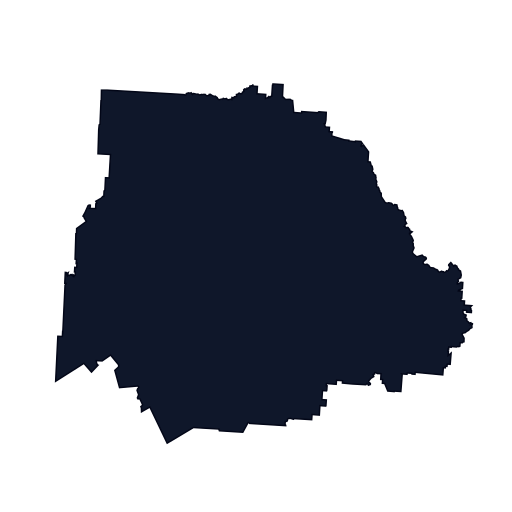 Narrabri, New South Wales, Australia (orthographic projection), rotated 355°
{"feature_id": "25037944B38691483406712", "entity_name": "Narrabri", "entity_type": "district", "adm_level": 2, "iso_a3": "AUS", "parent_name": "Australia", "parent_adm1": "New South Wales", "projection": "orthographic", "projection_center": [149.591, -30.328], "detail": "fine", "context": "isolated", "style": "filled", "palette": "ink", "viewbox_px": 512, "rotation_deg": 355, "n_neighbors": 0, "source": "geoboundaries", "source_scale": "gbopen_adm2", "svg_char_len": 6004}
<svg xmlns="http://www.w3.org/2000/svg" viewBox="0 0 512 512"><g transform="rotate(355 256 256)"><path d="M45.5,363.3L75.2,347.9L82.0,357.3L89.1,351.0L88.4,350.7L88.4,350.0L87.9,349.5L87.7,346.3L93.6,347.1L102.5,342.0L109.7,352.5L109.4,354.6L105.4,357.6L108.6,375.2L126.9,375.2L127.7,376.1L127.7,376.8L126.5,378.0L125.8,379.5L127.0,383.9L125.5,387.0L125.9,388.0L127.5,388.1L128.0,388.5L130.0,394.0L129.7,395.0L128.2,396.0L128.6,397.4L128.4,401.2L137.1,397.2L151.2,434.7L178.7,421.4L203.9,425.1L204.3,426.9L227.5,430.4L233.6,421.2L234.6,421.5L235.0,422.2L270.8,427.6L270.8,427.1L270.2,426.2L270.8,423.3L272.3,423.4L272.9,422.7L273.2,421.4L273.9,420.7L276.4,420.8L279.1,421.9L279.9,421.3L297.2,423.9L298.0,418.8L305.2,420.0L306.6,410.6L312.0,411.5L312.0,411.1L312.6,411.2L313.5,405.5L309.1,404.8L310.5,395.9L314.5,396.5L314.8,395.9L315.5,391.5L314.7,391.4L315.0,389.2L324.7,390.8L325.4,386.8L331.4,387.8L331.0,390.1L340.3,391.8L354.2,393.8L355.3,392.7L356.2,393.4L356.7,394.5L358.6,394.0L358.8,393.5L358.8,392.9L357.2,391.3L357.4,390.2L360.1,387.7L362.8,386.4L362.3,384.2L363.8,383.9L364.1,382.5L364.5,382.3L366.7,383.7L370.3,384.1L369.5,389.8L371.4,390.1L370.8,393.8L373.1,394.2L375.5,402.0L381.8,403.1L381.9,402.6L388.5,403.6L391.3,386.7L390.9,386.1L396.1,387.0L396.4,385.7L401.0,386.4L401.1,387.2L404.1,387.7L404.4,385.7L431.7,390.7L432.9,383.6L434.8,383.9L435.0,382.4L436.6,382.6L437.1,380.3L440.0,380.8L441.9,369.7L438.7,371.9L439.4,367.5L438.9,367.4L439.3,365.4L439.8,365.5L440.1,363.4L442.5,363.9L442.6,363.2L447.8,364.1L448.9,363.7L450.3,364.0L450.7,363.6L451.2,363.6L451.8,360.2L453.9,360.4L454.2,359.9L455.7,359.6L456.1,356.0L454.4,352.0L454.5,351.6L455.4,350.9L458.0,350.5L458.8,349.7L461.4,348.5L462.5,347.2L464.8,346.2L465.0,345.7L464.8,344.2L465.6,342.9L465.7,342.3L464.5,341.8L463.8,342.4L464.0,341.2L462.3,341.4L462.0,340.4L460.5,338.9L460.3,338.2L460.6,337.2L460.3,336.7L458.5,335.7L459.6,334.9L460.2,333.2L458.6,332.4L458.1,332.5L457.2,330.3L457.6,328.0L461.2,328.6L460.9,330.3L465.6,331.1L465.9,329.2L465.0,328.2L465.6,327.6L465.1,326.3L465.1,325.5L466.5,324.3L459.2,323.1L459.8,319.0L456.2,318.4L456.6,315.8L457.3,315.9L458.3,309.2L454.5,308.6L454.7,307.8L455.8,307.3L456.0,307.7L457.5,306.7L458.8,306.4L459.7,300.4L457.9,300.0L455.6,301.2L454.1,301.4L454.1,300.2L455.5,298.9L455.1,297.3L455.5,296.6L458.0,295.5L458.8,292.9L458.4,288.8L456.6,287.4L456.5,286.5L456.0,286.4L455.0,283.4L454.5,283.4L453.7,282.5L452.9,282.5L452.1,283.4L451.1,281.9L450.3,281.5L450.5,280.8L449.5,279.5L447.3,281.4L447.1,282.1L447.8,283.3L447.8,284.8L446.2,287.3L445.6,287.7L444.6,287.3L443.5,288.5L441.9,288.8L441.4,288.0L440.6,288.0L439.6,287.3L437.3,288.2L436.1,287.0L435.8,286.1L435.0,285.3L433.9,285.0L431.8,283.4L428.9,282.8L428.2,282.2L427.3,280.4L425.7,279.1L423.5,279.3L422.1,278.3L421.8,277.4L422.2,276.2L425.3,273.8L425.5,273.0L424.8,271.9L422.9,271.3L421.6,269.6L416.1,270.8L412.8,267.6L412.1,266.0L412.2,265.3L414.1,261.7L413.5,259.4L413.7,257.4L413.0,255.7L413.7,255.0L414.0,254.1L412.5,250.0L410.8,247.4L411.0,246.6L411.9,246.8L413.7,245.5L411.4,244.3L411.3,242.7L410.7,242.4L410.0,240.9L409.3,240.7L408.1,241.0L407.1,239.8L406.3,239.5L407.0,238.8L407.3,237.5L408.9,236.8L407.7,233.9L407.8,232.6L408.5,231.6L408.3,230.1L407.0,228.9L406.7,225.5L405.6,223.4L404.5,223.6L403.0,222.8L402.3,222.8L401.2,221.5L401.4,220.5L401.0,219.9L400.8,217.4L398.6,216.8L397.5,217.6L396.8,217.6L396.3,216.2L395.3,215.2L392.7,214.5L391.2,214.8L389.4,214.1L386.0,207.8L386.2,204.4L384.9,202.8L384.9,201.5L384.3,200.7L384.4,199.8L383.7,198.0L382.6,197.9L382.1,197.1L382.6,195.7L382.1,194.8L382.8,192.5L382.0,190.1L382.4,187.9L382.1,187.3L382.2,186.0L380.6,184.8L380.2,183.2L378.9,182.0L379.9,179.8L379.5,176.6L378.7,176.3L378.0,172.3L375.7,171.9L377.2,162.1L372.8,154.8L370.6,156.1L370.0,155.6L370.8,154.0L371.9,153.4L370.5,151.0L365.1,150.2L365.0,150.9L358.5,149.5L358.6,148.8L354.0,147.9L341.9,143.0L342.4,139.8L342.8,139.6L342.9,139.0L339.7,138.5L340.4,134.2L336.4,133.6L335.5,130.2L336.4,130.3L337.5,126.7L338.5,119.0L331.2,117.8L329.9,118.6L314.1,116.1L313.9,117.6L306.1,116.3L306.0,104.3L305.2,104.2L303.7,102.9L299.0,102.6L297.0,100.1L296.2,100.0L297.9,87.6L287.9,86.1L287.7,87.3L287.3,87.3L285.6,98.3L284.5,98.3L283.9,99.2L282.7,98.2L282.2,98.6L282.2,99.5L281.4,99.2L280.7,99.7L280.0,99.5L279.2,99.9L279.8,95.9L271.1,94.5L272.2,87.2L267.7,86.5L268.0,84.9L267.3,85.9L264.7,86.2L264.7,87.3L262.4,88.2L261.6,88.0L261.3,89.1L260.2,89.1L259.7,88.5L259.1,88.6L258.2,89.4L258.3,91.1L256.8,91.6L256.2,93.0L254.6,93.1L253.7,92.3L252.9,92.4L251.9,93.3L250.6,93.4L250.5,95.4L248.3,95.5L247.7,96.6L246.7,96.1L246.1,96.6L245.8,96.3L245.5,98.1L244.2,97.6L242.3,98.0L241.1,97.6L240.3,96.5L238.6,96.8L237.1,96.1L236.2,97.0L235.4,96.7L232.8,97.1L231.0,95.5L231.2,94.9L229.3,93.2L228.6,93.4L226.7,92.6L224.5,90.9L223.4,91.0L223.2,91.9L222.1,92.1L220.6,92.0L219.4,90.6L217.3,90.4L216.2,90.7L215.8,90.3L213.9,90.7L212.2,89.6L211.7,89.9L208.0,88.7L207.5,88.7L206.9,89.7L206.2,89.3L206.2,88.7L205.6,87.7L204.7,88.1L203.0,87.6L200.8,88.1L200.2,89.3L199.5,89.6L198.6,89.0L190.9,87.8L122.1,77.8L116.5,77.3L115.4,87.8L115.1,87.8L112.1,111.1L111.2,111.7L110.3,116.5L107.5,140.4L119.9,142.2L116.5,165.4L112.9,164.9L111.2,177.3L110.3,178.0L109.6,183.4L108.5,183.3L106.9,184.9L101.2,187.5L102.1,189.5L101.0,190.0L100.4,194.8L94.1,194.1L95.2,192.7L95.4,190.9L94.2,190.7L93.1,191.2L89.5,197.7L87.1,201.2L88.3,202.5L88.2,203.1L90.0,206.8L79.7,213.0L79.1,218.1L78.5,218.1L75.5,243.4L76.8,243.7L76.2,247.7L77.0,247.5L76.4,251.8L74.5,251.5L73.8,256.0L74.6,256.1L74.2,259.4L73.5,259.7L72.8,259.2L73.1,260.2L72.9,260.7L72.2,260.6L71.9,260.0L72.4,259.7L72.3,259.2L71.1,259.2L71.2,258.8L70.8,258.6L71.1,258.0L70.2,259.0L69.5,258.4L68.4,259.2L67.4,258.6L66.5,259.4L66.4,259.0L66.8,258.5L66.5,258.3L66.0,258.6L65.9,258.3L66.9,257.7L67.3,256.6L66.5,257.2L66.4,256.6L65.8,256.7L65.8,256.0L64.6,255.7L63.1,266.6L64.4,266.8L63.2,268.6L56.9,315.2L56.7,315.0L56.1,319.3L51.6,318.7L45.5,363.3Z" fill="#0f172a" stroke="#020617" stroke-width="1.5"/></g></svg>